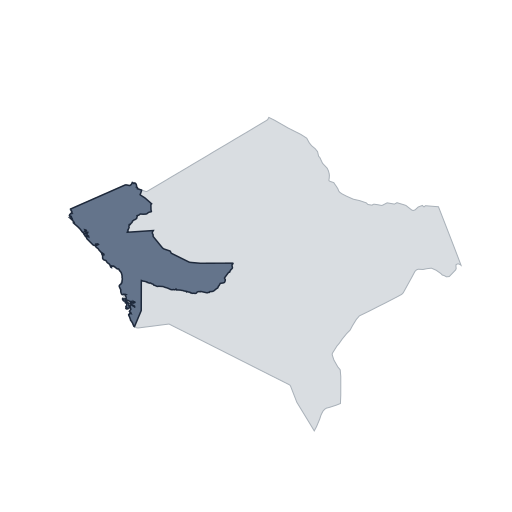 Kenya, with Coast highlighted, rotated 117°
{"feature_id": "KEN-1193", "entity_name": "Coast", "entity_type": "Province", "adm_level": 1, "iso_a3": "KEN", "parent_name": "Kenya", "parent_adm1": "", "projection": "robinson", "projection_center": [39.627, -2.351], "detail": "fine", "context": "in_parent", "style": "filled", "palette": "slate", "viewbox_px": 512, "rotation_deg": 117, "n_neighbors": 0, "source": "natural_earth", "source_scale": "10m", "svg_char_len": 8856}
<svg xmlns="http://www.w3.org/2000/svg" viewBox="0 0 512 512"><g transform="rotate(117 256 256)"><path d="M126.7,307.5L126.6,301.2L127.4,285.3L127.3,271.3L128.0,264.3L131.0,259.9L132.5,256.6L133.5,252.1L135.1,248.5L138.7,245.5L139.3,243.8L143.2,238.8L145.5,232.4L147.2,230.2L149.4,228.2L150.9,227.2L153.4,226.1L155.4,225.5L155.8,225.0L155.9,224.0L155.3,220.0L156.1,218.7L157.5,216.0L159.0,213.5L160.4,212.0L161.2,210.4L161.6,207.6L161.6,205.6L161.6,202.3L161.2,195.0L159.6,188.8L158.6,181.9L159.3,179.7L158.0,175.6L157.4,175.4L156.3,174.5L155.0,170.7L154.0,167.2L153.4,166.4L149.1,163.3L146.9,156.2L144.5,154.6L143.2,147.4L142.9,145.4L144.3,138.3L144.2,136.7L142.7,135.2L138.7,133.7L135.4,130.7L135.8,129.7L136.0,128.6L134.3,127.9L129.3,115.8L135.8,108.5L142.4,101.1L150.8,91.7L158.5,83.1L165.2,75.7L171.2,69.1L171.0,70.3L171.1,72.0L171.8,73.1L173.0,73.8L174.7,73.0L176.2,72.0L177.7,71.8L186.6,74.5L188.1,76.9L188.0,79.5L188.4,81.4L187.7,83.3L186.9,89.0L187.2,94.2L189.8,98.1L192.2,101.1L194.1,105.4L195.5,106.7L197.5,107.4L203.6,107.5L212.7,107.8L221.5,108.1L222.3,108.2L224.1,108.8L232.2,114.5L239.6,119.8L245.8,124.4L251.9,128.8L257.8,133.2L262.4,136.7L266.9,137.8L274.2,138.4L279.3,138.5L284.0,140.0L290.9,141.5L296.1,142.2L299.3,143.0L308.0,143.8L309.4,143.3L313.3,139.4L317.6,132.9L319.2,129.3L324.8,125.8L334.6,120.8L341.5,117.3L349.1,113.8L352.6,116.9L357.4,121.7L359.6,124.2L361.3,125.2L363.9,125.9L367.1,125.9L368.8,125.8L372.4,125.2L380.6,124.6L385.4,124.7L381.4,131.1L376.6,138.9L367.8,153.2L361.1,160.7L356.1,166.3L355.6,167.4L355.6,173.7L355.7,189.2L355.8,220.1L355.9,251.0L356.0,282.0L356.1,297.4L356.1,302.6L360.5,309.1L364.9,315.5L370.6,323.9L373.7,328.4L374.2,329.9L374.0,332.9L369.3,339.2L365.4,342.1L360.2,343.4L358.7,343.2L356.6,342.3L355.8,343.8L355.2,346.1L354.1,345.7L353.2,345.0L353.7,349.1L354.3,351.2L353.5,354.0L350.9,356.4L350.7,358.5L345.2,363.9L337.5,364.5L333.4,367.2L331.6,369.4L330.2,374.2L330.7,381.5L328.5,387.2L328.1,390.0L324.1,393.7L322.3,397.0L321.0,400.5L319.9,402.0L318.5,409.6L316.6,414.3L316.1,415.9L315.7,417.3L314.2,420.0L313.3,421.9L312.6,423.1L307.9,435.1L304.2,440.5L301.3,439.8L299.4,441.9L299.2,442.9L298.1,442.4L295.7,440.4L290.7,436.3L285.8,432.3L280.8,428.2L275.8,424.2L270.8,420.1L265.9,416.0L260.9,412.0L255.9,407.9L253.0,405.6L251.7,404.1L250.7,401.3L250.2,400.6L248.9,399.8L247.3,399.6L246.9,399.0L246.9,397.7L247.4,395.7L249.3,392.0L249.5,389.8L249.1,387.3L248.5,383.4L248.0,382.5L244.7,380.4L237.8,376.0L230.9,371.6L224.0,367.3L217.1,362.9L210.2,358.5L203.3,354.2L196.4,349.8L189.5,345.4L182.5,341.1L175.6,336.7L168.7,332.3L161.8,328.0L154.9,323.6L148.0,319.2L141.1,314.9L134.1,310.5L131.5,308.8L129.2,307.5L126.7,307.5ZM356.6,349.9L355.4,350.2L356.0,348.1L359.6,345.4L361.0,346.0L361.3,346.7L361.2,347.2L360.6,347.8L356.6,349.9Z" fill="#d9dde1" stroke="#a8b0b8" stroke-width="1"/><path d="M374.1,332.2L374.1,332.9L371.6,335.8L370.5,337.8L370.3,338.5L369.6,339.0L367.8,340.9L366.6,342.5L365.9,342.9L365.4,342.2L364.8,342.5L364.3,342.5L363.9,342.0L363.9,341.2L363.2,342.0L363.1,342.9L362.8,343.7L361.9,343.6L360.3,343.3L359.9,343.6L359.3,344.4L358.4,344.8L357.7,345.7L357.2,345.6L356.5,345.2L356.2,344.8L356.1,344.3L356.1,343.7L356.4,342.7L356.3,341.8L356.5,341.3L357.0,340.5L355.8,341.5L355.7,345.8L355.0,346.8L354.4,346.3L353.8,344.0L352.9,343.3L352.6,342.9L352.3,342.8L351.9,343.3L352.1,343.8L352.2,344.3L352.1,344.8L352.6,344.5L353.0,344.6L353.3,345.0L353.4,345.6L353.4,345.9L353.1,346.1L353.0,346.3L353.1,346.7L353.6,346.8L353.7,347.0L353.7,349.7L353.9,351.1L354.3,352.1L354.6,352.2L355.4,352.1L355.8,352.5L356.1,353.0L356.1,353.4L355.8,354.3L355.0,355.4L354.3,355.6L354.2,355.2L355.2,354.6L354.7,354.4L354.2,354.0L353.4,353.1L353.3,352.8L353.3,352.5L353.0,352.3L352.3,352.6L351.5,353.1L350.8,354.1L350.1,354.8L349.4,354.3L349.5,355.0L349.7,355.3L350.1,355.5L349.9,356.1L350.1,356.6L351.0,357.3L351.2,357.8L350.8,358.7L349.9,359.7L348.9,360.5L347.4,361.2L345.4,363.9L344.3,364.4L343.3,364.1L342.4,363.6L341.3,363.4L340.3,363.5L337.0,364.7L335.6,365.8L334.8,366.0L333.9,366.7L332.3,368.2L331.9,368.6L331.6,369.2L331.0,370.7L330.0,372.1L329.9,372.7L330.0,373.0L330.4,373.7L330.5,374.0L330.3,374.8L329.7,377.2L329.6,378.4L330.3,379.0L330.1,379.9L330.5,380.4L331.2,380.3L331.9,379.7L331.9,380.1L331.7,380.6L330.5,381.8L329.8,382.8L329.7,383.3L329.5,385.1L329.3,385.8L328.2,387.5L328.2,388.0L328.5,389.4L328.5,390.0L328.3,390.6L328.1,391.1L327.7,391.6L327.2,391.9L325.6,392.7L325.2,393.1L324.4,394.1L324.0,394.5L323.4,394.6L323.7,394.0L324.0,392.6L324.1,392.1L323.5,392.2L323.3,392.6L323.2,393.9L323.0,394.8L323.2,395.4L322.7,396.5L322.0,398.5L321.1,400.0L320.8,402.2L320.4,403.0L320.0,403.4L319.7,403.5L319.0,403.1L318.5,402.5L317.4,402.4L317.6,401.9L317.3,401.6L317.0,402.3L317.1,402.8L317.5,403.2L318.1,403.1L317.8,403.7L317.9,404.1L318.3,404.3L319.5,403.7L319.8,404.0L320.0,404.6L320.1,405.1L320.1,406.3L317.4,414.5L316.6,415.4L315.7,415.5L315.0,415.0L315.0,413.7L314.3,414.2L314.1,414.5L314.7,415.9L315.0,416.2L315.7,416.2L316.1,416.4L316.0,417.0L315.3,417.8L315.1,418.4L314.6,419.3L314.3,419.5L314.0,419.3L313.8,418.4L313.6,418.2L313.3,417.8L313.4,416.9L313.4,416.4L312.8,417.0L312.0,416.5L311.6,416.4L311.2,416.7L311.6,417.1L312.8,417.5L312.6,418.1L312.2,418.4L311.2,418.7L310.2,418.7L310.1,419.0L310.1,419.7L310.3,420.5L310.8,419.8L311.9,419.7L313.0,420.1L313.7,420.7L313.5,421.6L311.9,424.8L310.9,427.8L309.8,432.3L309.5,433.3L309.2,432.8L308.9,432.9L308.4,433.6L308.3,433.8L308.3,434.2L307.7,435.1L306.6,438.9L306.4,438.2L306.5,437.1L306.3,436.6L305.9,437.0L305.2,438.6L304.9,438.4L304.6,438.5L304.6,439.0L304.6,439.3L305.1,440.1L304.8,440.6L303.7,440.8L302.5,440.4L301.7,439.3L301.5,440.1L300.5,439.8L299.8,440.5L299.2,441.6L298.6,442.1L298.2,442.2L298.1,442.4L252.2,404.9L251.7,404.2L251.4,403.4L250.8,401.2L250.6,400.6L250.1,400.1L249.5,399.8L248.8,399.6L248.1,399.5L246.6,399.6L246.5,399.1L246.9,397.8L246.7,397.5L246.2,397.5L245.9,397.2L245.9,396.8L246.1,396.0L246.3,395.6L246.8,395.0L247.5,394.4L248.3,393.9L248.9,393.9L248.8,393.2L248.9,392.7L249.3,392.4L249.9,392.3L249.2,387.9L249.8,387.6L252.8,387.2L253.9,387.2L254.1,386.9L254.2,386.4L254.7,381.2L256.9,372.7L257.7,373.0L258.5,372.7L262.4,370.6L263.2,370.0L263.5,369.6L263.9,369.4L264.4,369.7L265.2,370.8L266.1,371.6L267.9,372.4L268.6,373.1L270.0,375.5L271.0,377.9L271.3,378.3L272.9,379.0L274.0,380.3L274.3,380.0L274.6,379.8L275.3,379.7L275.9,379.7L276.3,379.4L277.0,379.5L278.6,380.4L279.3,381.1L280.2,381.4L280.8,381.9L281.2,381.9L282.3,381.7L282.7,381.8L283.7,382.2L285.2,382.4L285.4,382.6L285.3,383.2L285.5,383.3L286.1,383.1L286.5,382.8L287.4,382.7L288.2,382.0L288.5,381.9L289.5,382.0L290.3,381.8L290.8,382.0L291.2,382.1L291.8,381.3L292.0,381.2L292.3,381.3L292.9,381.6L293.3,381.5L279.9,359.0L280.1,359.0L280.6,359.1L281.5,359.2L282.2,359.0L282.9,358.6L283.7,357.4L284.1,357.1L284.9,356.8L285.4,356.3L291.3,342.9L291.4,342.2L291.5,341.1L290.6,334.9L290.7,334.5L291.8,333.1L292.0,332.6L291.8,312.8L291.6,311.9L287.8,302.4L273.0,273.6L273.0,273.2L273.6,273.2L273.9,273.1L274.6,273.4L275.6,272.9L277.2,271.6L278.1,271.6L280.0,272.3L280.8,272.1L281.3,272.3L281.8,272.4L282.4,272.2L282.5,272.5L282.9,272.8L283.7,273.1L289.8,274.1L290.2,273.9L290.9,272.7L291.3,272.5L291.8,272.3L292.8,272.1L293.8,272.1L294.0,272.2L294.3,272.5L294.9,273.0L296.6,275.4L299.4,275.5L300.0,275.8L301.2,275.6L301.9,275.6L302.4,275.9L303.1,276.5L304.0,276.7L304.5,277.0L305.9,277.6L306.3,277.8L307.3,278.6L307.6,279.2L308.0,279.6L308.6,280.9L308.9,281.1L309.4,281.0L309.7,281.1L310.2,282.1L310.8,282.5L311.2,283.4L312.5,288.6L312.7,289.2L313.1,289.3L313.3,289.6L313.4,290.0L313.5,290.6L314.6,291.9L315.0,292.1L315.8,292.2L316.3,292.4L316.7,292.8L317.0,293.2L317.2,293.7L317.3,294.3L318.3,296.0L318.3,297.4L318.6,297.7L318.3,298.2L318.4,298.8L318.8,300.0L318.9,301.2L319.0,301.5L319.5,301.5L319.4,302.0L319.2,302.5L319.4,302.9L319.9,304.5L319.9,305.5L320.3,306.3L320.7,307.9L321.9,310.6L322.3,311.1L321.9,311.7L321.7,312.3L322.4,312.4L322.9,312.9L323.3,313.7L323.4,314.5L324.2,315.4L324.6,316.8L324.7,319.9L324.9,321.4L325.2,322.6L325.4,325.0L325.6,325.4L327.1,328.9L327.8,329.8L328.0,330.4L328.1,332.7L328.4,333.7L328.3,334.0L327.9,334.5L327.9,335.1L328.1,336.7L328.1,337.0L327.9,337.4L327.9,337.7L328.1,338.0L328.6,338.7L328.8,340.5L329.0,341.0L328.6,341.5L328.8,342.0L329.2,344.0L329.8,345.7L329.7,346.0L329.8,347.0L331.6,346.2L356.7,333.5L374.1,332.2ZM358.5,345.9L358.9,345.4L359.8,345.5L360.7,345.8L361.4,346.3L362.0,347.4L361.8,348.2L361.2,348.3L360.8,347.5L360.7,348.3L360.6,348.7L360.3,348.8L360.2,349.0L359.7,349.0L359.4,348.6L358.4,348.8L357.2,349.6L356.9,349.3L356.6,349.4L356.4,349.7L356.3,350.2L356.5,350.5L357.1,351.0L357.0,351.3L356.6,351.3L356.3,351.1L356.2,350.8L356.1,350.3L355.4,350.5L355.4,349.6L355.8,348.5L356.2,347.7L356.8,347.3L357.6,347.0L358.2,346.7L358.5,345.9Z" fill="#64748b" stroke="#1e293b" stroke-width="1.5"/></g></svg>